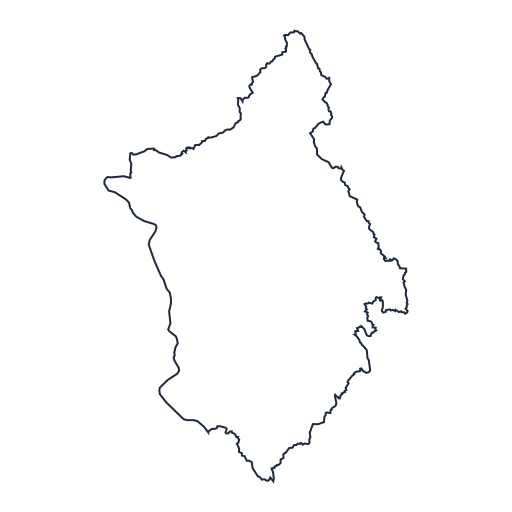 the district of Thayarwady, Bago, Myanmar
{"feature_id": "60261553B84336516867138", "entity_name": "Thayarwady", "entity_type": "district", "adm_level": 2, "iso_a3": "MMR", "parent_name": "Myanmar", "parent_adm1": "Bago", "projection": "orthographic", "projection_center": [95.818, 18.129], "detail": "fine", "context": "isolated", "style": "outline", "palette": "slate", "viewbox_px": 512, "rotation_deg": 0, "n_neighbors": 0, "source": "geoboundaries", "source_scale": "gbopen_adm2", "svg_char_len": 6036}
<svg xmlns="http://www.w3.org/2000/svg" viewBox="0 0 512 512"><path d="M258.0,476.5L259.7,476.9L261.9,479.7L264.0,479.2L267.2,480.8L269.0,480.1L270.2,477.5L273.3,481.3L273.8,478.5L273.1,472.5L271.6,468.4L274.5,467.8L274.6,466.5L276.7,465.8L276.8,465.1L278.7,464.8L280.6,463.0L280.6,459.5L283.4,458.1L283.4,454.1L286.0,452.5L289.1,448.1L292.7,447.6L294.0,445.1L296.4,445.0L297.8,443.7L300.1,443.9L300.3,443.1L301.3,443.1L302.9,444.7L304.4,443.5L308.4,444.1L309.5,442.7L309.3,439.4L310.4,437.1L309.7,432.9L312.9,424.1L318.0,424.2L324.0,422.1L324.4,416.7L325.6,415.4L325.7,413.0L326.3,412.5L330.3,413.0L330.7,409.8L331.6,409.7L332.1,408.0L335.6,405.9L336.4,403.2L334.8,395.6L335.2,394.8L336.3,396.3L337.9,396.9L338.6,398.3L339.9,398.4L340.5,395.4L342.2,394.1L341.9,393.3L345.1,391.9L344.7,390.9L346.4,389.9L345.6,388.2L348.6,383.2L347.5,382.1L348.4,380.3L352.6,375.3L354.2,374.4L353.8,373.6L354.5,372.8L356.8,371.5L359.9,371.3L360.3,370.6L360.1,368.7L361.3,368.4L363.1,371.1L366.3,372.9L368.9,372.1L370.2,370.3L368.7,359.9L367.5,358.1L366.8,350.3L363.1,345.7L361.8,344.9L361.2,343.1L359.9,342.3L359.5,340.2L356.6,336.2L354.7,334.7L355.8,334.5L355.2,331.3L358.2,331.0L357.0,328.1L358.8,327.6L359.6,326.7L361.3,327.0L361.4,326.3L364.3,329.0L366.9,335.4L368.9,336.2L370.6,336.0L371.0,334.2L372.2,332.6L373.4,332.6L373.9,331.6L376.2,330.5L375.4,329.4L375.7,327.7L372.7,327.4L372.7,325.9L373.4,324.8L372.5,324.5L371.6,322.2L370.5,321.3L367.6,320.7L367.3,318.0L368.1,316.0L367.0,314.4L367.7,312.6L365.0,311.4L366.9,309.4L365.7,308.2L366.2,306.8L364.5,304.1L365.0,303.6L367.9,303.5L368.8,302.6L372.3,303.6L373.1,301.7L375.8,300.1L375.6,298.2L376.5,297.0L378.9,298.2L379.7,297.4L381.1,297.4L380.0,299.3L380.0,300.5L380.8,300.6L381.1,299.4L382.8,301.1L382.9,306.8L381.8,310.8L383.2,312.6L385.8,311.8L386.0,310.1L390.0,309.4L391.0,310.5L392.9,309.9L395.1,311.1L395.6,309.8L398.9,312.1L401.0,311.3L401.6,312.2L404.2,312.3L405.2,313.7L407.2,312.4L407.6,310.9L405.6,308.8L406.8,307.3L406.7,305.2L407.6,304.1L406.6,302.8L407.4,300.7L405.7,294.9L406.2,289.7L404.7,287.0L403.6,282.4L404.8,281.4L402.8,279.1L403.7,275.2L404.8,274.4L405.0,272.6L406.3,271.9L406.1,268.6L400.1,268.3L399.4,266.2L397.9,264.2L397.7,261.2L396.1,259.4L393.8,258.3L392.6,260.0L391.2,260.6L390.5,259.4L389.9,259.5L389.7,260.7L385.3,260.9L383.9,259.1L384.1,257.6L385.5,257.9L384.7,256.5L380.8,253.2L381.1,251.4L379.8,249.3L377.9,249.0L378.7,247.0L378.3,243.2L375.9,242.3L375.1,241.2L376.5,238.7L373.9,237.3L374.5,234.5L373.6,234.2L373.3,232.2L369.3,229.1L368.9,227.5L370.0,224.1L368.7,222.9L368.6,221.2L366.7,221.0L363.9,216.6L364.6,214.5L361.8,211.8L360.2,207.4L358.2,206.3L357.6,205.1L356.8,201.9L357.3,199.6L349.7,196.1L348.3,191.2L349.6,189.2L348.6,188.4L347.8,186.2L345.3,185.1L344.7,182.5L343.1,182.0L340.9,179.8L341.2,177.3L344.0,170.8L342.6,169.9L341.3,167.2L340.9,168.6L339.3,168.4L338.3,168.0L337.9,167.0L335.9,166.6L333.4,168.2L331.8,167.7L328.6,162.2L321.8,159.1L317.1,154.5L316.9,148.5L315.1,146.2L313.8,141.7L314.1,139.3L310.1,133.1L312.8,131.5L313.4,128.7L315.2,127.8L318.4,123.8L321.4,122.3L323.3,121.7L325.0,124.2L326.6,124.6L329.5,124.1L329.8,120.6L331.9,118.1L332.2,116.4L331.1,115.1L331.3,113.2L330.6,111.5L329.0,111.3L328.4,109.3L328.9,107.6L327.7,106.3L327.6,104.7L326.4,102.6L325.3,102.4L322.5,99.5L323.7,97.2L324.7,96.9L325.7,92.9L326.8,92.7L327.7,89.8L330.9,84.3L329.3,81.4L329.2,77.9L326.7,78.8L325.3,77.0L321.2,75.0L320.9,72.2L319.9,71.3L319.4,68.6L318.1,68.3L316.9,63.7L316.2,63.4L312.2,56.3L312.0,54.6L309.9,52.2L310.3,49.8L309.2,49.2L304.5,39.2L304.7,37.9L304.2,36.4L301.1,33.0L300.2,33.6L297.6,31.2L295.4,31.3L294.4,30.7L293.8,32.4L290.3,32.5L288.0,35.2L285.0,34.9L284.0,35.5L285.0,37.2L285.2,39.5L286.9,42.9L286.8,46.1L285.8,46.7L286.3,47.7L285.5,48.7L286.1,49.4L286.0,51.6L282.4,52.2L282.2,54.6L275.1,56.7L274.5,58.8L273.4,59.4L272.2,61.4L270.8,61.7L269.8,63.4L268.5,63.7L267.3,63.1L266.1,64.6L266.3,66.7L265.5,67.6L264.6,68.2L261.8,68.3L260.2,69.5L260.4,72.2L256.9,75.8L252.1,77.2L253.0,82.1L251.7,83.4L251.9,84.4L250.4,84.7L249.3,86.0L249.5,87.5L252.8,92.8L250.4,94.1L249.1,95.8L248.9,97.0L247.8,97.8L244.6,97.8L242.7,99.6L242.5,101.3L240.5,98.1L237.7,98.1L238.3,100.2L237.9,104.5L239.8,108.4L239.6,111.9L240.9,113.4L240.5,117.4L240.9,118.7L239.9,120.3L238.0,121.4L237.9,122.3L235.7,123.1L233.5,127.5L229.6,129.8L228.0,129.4L225.6,130.1L222.7,132.7L218.9,133.4L216.2,136.1L210.3,137.7L208.3,137.2L208.1,138.0L205.8,138.9L205.1,140.9L202.0,141.2L201.9,142.5L198.9,145.2L197.8,144.8L195.2,145.1L193.6,148.9L193.0,148.2L191.0,148.2L190.4,147.6L188.6,147.5L188.9,148.2L186.8,147.8L186.1,148.3L186.7,150.4L185.5,151.2L185.7,152.2L183.7,150.7L182.0,152.0L181.5,153.4L182.2,153.9L180.2,155.7L176.3,156.2L175.6,157.2L171.1,157.6L167.1,155.0L158.8,152.4L156.2,150.3L154.0,150.1L154.1,148.6L147.4,148.9L144.2,151.4L136.5,154.2L133.4,154.7L131.8,153.0L130.3,153.3L129.7,159.8L131.3,163.7L130.8,170.1L131.3,172.6L130.4,173.0L130.3,174.6L130.6,178.7L130.2,177.9L123.7,176.2L111.1,177.4L107.8,177.0L106.2,178.0L104.5,180.4L104.4,183.9L108.7,190.6L114.8,192.2L125.8,199.3L129.0,202.6L130.2,208.1L131.8,209.9L133.0,213.0L136.3,216.7L144.0,221.0L153.8,224.0L155.8,225.1L156.5,227.2L155.4,231.3L149.8,239.9L148.7,244.5L154.3,260.6L161.0,275.9L163.5,279.3L166.6,288.7L169.7,292.6L170.9,298.4L171.0,303.2L169.1,311.4L170.4,323.3L168.2,329.5L169.3,331.2L175.9,336.4L176.9,338.9L177.7,343.2L175.3,347.9L174.3,352.8L174.7,355.5L173.7,357.0L174.3,360.3L178.8,368.0L179.0,370.9L177.3,373.7L167.9,379.8L159.8,387.7L159.3,390.5L159.9,394.2L166.0,402.1L182.9,418.5L184.3,419.5L187.6,420.1L194.0,420.2L197.5,421.2L204.0,426.7L208.3,432.5L208.3,431.6L211.6,429.0L215.3,428.7L217.0,427.9L217.2,426.4L219.5,426.1L225.9,427.8L226.7,429.0L225.5,432.4L226.4,433.4L228.1,433.4L229.6,431.7L231.7,431.3L231.9,432.6L234.5,433.8L235.8,435.4L236.3,436.9L237.8,437.0L237.5,437.5L239.2,439.6L238.3,442.8L236.9,443.6L239.1,448.5L239.0,451.9L241.8,453.1L241.9,455.6L244.6,456.2L246.9,460.8L249.0,460.7L251.8,462.2L252.6,468.2L258.0,476.5Z" fill="none" stroke="#1e293b" stroke-width="2"/></svg>